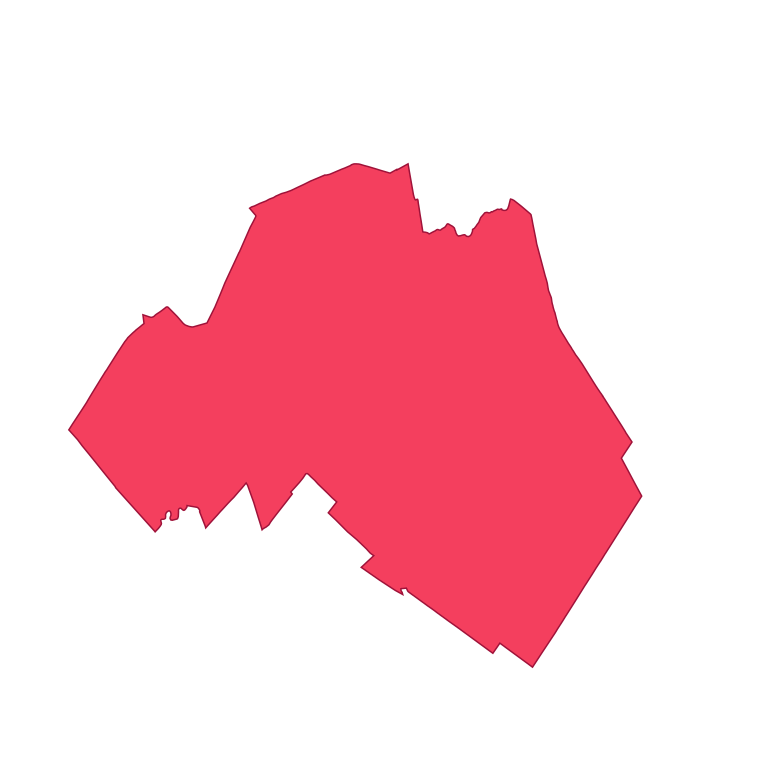 outline of Iepuresti, Giurgiu, Romania, rotated 290°
{"feature_id": "2599482B53463845367908", "entity_name": "Iepuresti", "entity_type": "district", "adm_level": 2, "iso_a3": "ROU", "parent_name": "Romania", "parent_adm1": "Giurgiu", "projection": "robinson", "projection_center": [25.884, 44.251], "detail": "fine", "context": "isolated", "style": "filled", "palette": "rose", "viewbox_px": 768, "rotation_deg": 290, "n_neighbors": 0, "source": "geoboundaries", "source_scale": "gbopen_adm2", "svg_char_len": 6159}
<svg xmlns="http://www.w3.org/2000/svg" viewBox="0 0 768 768"><g transform="rotate(290 384 384)"><path d="M358.3,662.6L366.8,664.5L375.5,654.7L387.1,641.8L395.5,632.4L414.3,636.9L421.0,627.8L421.7,627.1L426.2,621.4L434.3,610.8L436.7,607.7L444.1,598.0L445.3,596.5L446.9,594.3L447.1,593.8L447.4,593.9L447.9,593.1L448.8,591.9L450.0,590.1L452.8,586.2L453.1,585.8L453.6,585.2L454.3,584.2L457.7,579.8L469.8,564.4L470.8,563.1L474.5,557.9L476.4,555.0L476.6,554.6L478.0,552.8L479.7,550.7L480.9,549.0L482.3,547.4L485.3,543.3L490.7,536.6L492.7,534.0L494.3,532.1L496.4,529.7L497.4,528.7L499.7,526.8L501.4,525.7L502.1,525.4L503.4,524.3L506.2,522.4L509.5,520.2L510.8,519.0L513.8,516.8L515.4,515.8L517.2,514.5L518.9,513.5L521.2,512.3L522.4,511.6L523.9,510.3L524.4,509.8L525.1,509.2L526.3,508.2L526.6,507.9L527.2,507.4L527.9,506.8L528.5,506.4L529.5,505.8L530.0,505.5L531.4,504.7L534.5,503.0L537.8,500.7L540.7,498.5L556.1,487.8L564.7,481.8L567.8,479.6L572.0,477.2L585.5,469.0L590.3,466.2L592.0,465.1L593.3,464.3L593.5,464.0L593.9,463.3L598.0,452.3L600.9,443.5L601.2,441.4L601.1,440.3L601.1,439.7L600.8,439.6L594.1,440.3L591.6,440.3L590.4,440.1L589.2,439.4L588.6,438.5L588.1,437.2L588.0,436.0L588.0,435.3L588.6,434.9L588.7,434.5L588.5,434.1L587.7,433.2L587.3,432.3L587.2,431.2L586.9,430.7L586.4,430.2L585.2,429.2L584.3,428.1L583.7,427.6L583.0,427.2L582.8,426.9L582.6,426.0L581.2,425.1L580.9,424.6L580.6,423.8L580.6,422.9L580.5,422.2L580.2,421.4L579.5,420.4L579.2,420.1L577.5,419.5L573.6,418.0L572.6,417.9L568.3,417.8L565.5,416.9L563.7,416.5L561.0,415.6L560.4,415.0L559.9,414.6L559.5,414.4L557.8,414.9L555.7,414.9L554.2,414.8L553.1,414.4L552.3,413.9L551.4,412.9L551.2,411.8L551.0,411.0L551.5,410.1L551.8,409.1L551.8,408.6L551.5,408.0L550.9,407.0L549.6,405.3L549.1,404.4L548.5,403.3L548.8,402.4L548.9,401.9L549.8,400.8L550.9,399.7L552.0,399.0L553.0,398.0L554.4,397.0L554.8,396.5L555.6,394.6L555.9,392.7L556.1,391.4L556.3,390.7L556.3,390.3L556.4,389.8L556.4,389.5L556.2,388.9L555.8,388.6L555.2,388.4L554.0,388.2L552.3,387.6L551.9,387.4L550.8,386.4L549.0,385.0L548.1,384.6L547.8,384.3L547.7,383.8L547.6,383.2L547.6,382.0L547.5,381.5L547.1,380.9L546.3,380.3L545.6,379.9L544.6,378.9L542.9,377.3L540.6,375.3L540.5,374.9L540.7,374.4L541.0,373.1L540.9,372.1L540.8,371.1L540.2,368.6L540.3,368.4L546.5,365.0L550.3,362.9L555.6,359.9L560.6,357.2L565.8,354.3L568.2,353.1L568.8,352.6L569.0,352.4L569.0,352.1L568.7,351.7L568.3,351.4L567.9,351.0L567.8,350.5L567.9,350.1L568.3,349.7L569.8,348.4L572.0,346.9L575.8,344.7L591.4,335.7L594.9,333.7L599.1,331.3L589.5,322.9L590.0,322.6L584.6,317.9L584.3,317.7L584.2,317.3L583.6,307.9L583.4,303.6L582.9,295.0L582.5,290.5L582.3,286.9L582.1,285.1L581.4,282.8L580.9,281.3L580.3,280.1L578.8,278.3L577.9,277.9L576.6,276.5L573.2,272.9L571.5,270.9L562.6,261.4L562.1,260.7L560.8,258.7L560.3,257.7L560.2,257.0L559.9,256.7L549.9,245.9L549.3,245.3L546.1,242.3L543.8,240.1L540.0,236.3L534.0,230.4L530.7,226.5L529.4,224.7L528.4,223.3L527.8,222.5L524.2,218.8L523.9,218.4L521.5,216.5L521.0,216.0L519.6,214.3L519.0,213.6L517.9,212.5L515.6,210.5L512.7,207.2L511.2,205.5L506.9,201.3L505.2,199.1L504.1,198.2L503.2,197.6L499.2,204.6L498.7,205.6L498.4,205.9L498.0,206.1L497.6,206.2L496.9,206.2L491.9,205.6L485.5,204.7L459.0,203.0L458.6,203.0L458.1,202.8L445.3,201.7L436.3,200.9L424.4,199.9L418.2,199.7L413.0,199.5L406.7,199.2L398.4,198.8L380.8,196.8L379.7,195.3L376.9,191.4L372.4,185.2L371.9,184.0L371.4,181.1L371.4,179.3L371.4,178.0L371.5,176.8L371.8,176.0L372.1,175.0L372.7,173.8L375.5,168.8L376.8,166.4L378.7,162.4L382.2,155.0L382.3,154.6L382.3,154.1L382.1,153.5L381.6,152.9L380.4,152.2L376.5,149.7L374.6,148.4L372.5,146.8L371.5,146.1L370.7,145.6L370.1,145.3L369.2,144.9L368.4,144.3L367.8,143.7L367.5,143.3L367.2,142.8L367.0,142.4L366.9,142.0L366.8,140.7L366.7,136.9L366.6,133.8L360.1,137.1L358.7,137.8L356.8,136.6L353.7,134.8L349.8,132.4L348.9,132.0L346.0,130.4L341.5,128.2L339.9,127.4L338.3,127.0L335.0,125.9L321.5,122.7L303.6,118.8L303.2,118.8L300.1,117.9L297.1,117.3L293.0,116.4L276.3,113.0L271.2,112.0L266.9,111.2L265.8,111.0L265.5,111.0L261.1,110.0L254.2,108.4L239.9,105.0L233.1,103.5L232.8,104.1L226.9,115.1L222.7,121.5L216.1,132.6L204.9,151.1L200.1,159.1L195.6,166.6L194.8,167.2L194.7,167.4L167.2,218.9L166.8,219.5L171.1,221.4L173.9,222.3L175.7,222.7L177.0,222.5L178.3,221.6L179.1,221.0L179.7,220.8L180.3,221.0L181.0,221.6L181.4,222.9L182.1,223.9L183.0,224.5L184.6,224.2L186.5,223.4L188.2,223.4L189.7,223.9L191.0,224.9L191.4,225.8L191.0,226.9L189.6,228.0L187.8,228.7L185.6,228.7L184.4,229.0L183.3,230.2L183.6,231.7L184.7,233.3L186.0,235.2L186.7,236.0L187.8,236.1L189.2,236.0L193.7,234.6L195.2,234.0L196.2,233.9L196.9,234.2L197.5,234.7L197.8,235.6L197.3,236.8L196.8,238.2L196.8,239.1L197.4,239.8L198.9,240.4L201.1,240.9L202.4,240.5L204.2,250.5L203.9,251.9L202.7,253.6L201.7,254.4L200.9,254.4L189.3,264.6L187.8,265.7L189.1,266.2L190.9,266.9L193.1,267.8L198.3,269.9L203.6,272.1L208.2,273.9L210.5,274.9L218.5,278.2L222.6,280.0L226.0,281.6L232.9,284.2L238.0,286.2L238.3,286.3L243.8,288.3L243.4,288.8L242.5,290.1L241.4,291.1L228.3,302.0L223.9,305.3L215.5,311.6L211.2,314.9L206.8,318.2L205.3,319.3L206.6,319.9L208.1,321.1L209.2,322.1L212.3,324.0L213.3,324.2L215.4,324.6L218.2,325.4L221.7,326.5L223.9,327.2L231.0,329.5L240.4,332.6L249.3,335.4L250.6,333.3L255.1,335.2L262.3,338.1L267.8,340.0L272.8,341.2L273.3,341.9L273.6,342.8L272.8,345.0L271.9,346.8L269.8,351.8L267.5,356.1L261.9,368.7L259.4,374.0L257.0,379.9L243.9,375.7L239.8,385.1L232.6,400.4L228.5,411.5L223.0,424.0L221.7,426.4L220.3,429.1L219.2,433.1L203.9,425.3L198.1,447.2L193.9,465.2L192.6,473.6L194.4,472.3L195.6,470.7L196.7,470.2L197.4,469.9L197.7,470.3L198.2,471.5L199.8,474.8L198.8,475.9L197.8,476.8L197.3,477.5L197.1,477.9L196.4,480.2L190.7,500.1L190.6,500.3L188.6,507.8L187.3,512.0L182.8,527.6L179.6,539.2L179.4,539.9L179.3,540.1L172.8,562.5L169.5,573.8L168.2,578.4L180.1,581.5L168.7,620.4L185.3,624.3L208.9,630.0L213.0,630.8L222.2,632.9L228.1,634.1L228.3,634.2L244.7,637.8L264.1,641.9L264.3,642.0L271.5,643.6L276.8,644.8L283.1,646.1L290.4,647.8L291.9,648.2L300.3,649.9L300.5,650.0L314.2,653.0L335.3,657.6L341.7,659.0L354.4,661.7L358.3,662.6Z" fill="#f43f5e" stroke="#9f1239" stroke-width="1.5"/></g></svg>